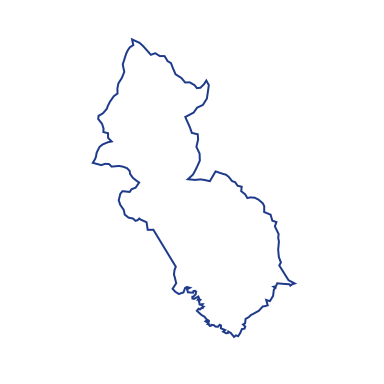 the district of Pano Pyrgos, Nicosia, Cyprus, rotated 125°
{"feature_id": "46923920B70201539019351", "entity_name": "Pano Pyrgos", "entity_type": "district", "adm_level": 2, "iso_a3": "CYP", "parent_name": "Cyprus", "parent_adm1": "Nicosia", "projection": "orthographic", "projection_center": [32.674, 35.131], "detail": "fine", "context": "isolated", "style": "outline", "palette": "blue", "viewbox_px": 384, "rotation_deg": 125, "n_neighbors": 0, "source": "geoboundaries", "source_scale": "gbopen_adm2", "svg_char_len": 3341}
<svg xmlns="http://www.w3.org/2000/svg" viewBox="0 0 384 384"><g transform="rotate(125 192 192)"><path d="M94.7,239.7L92.5,244.2L96.7,244.0L101.8,244.9L104.1,247.6L103.0,251.2L103.5,256.8L106.2,260.4L104.7,266.1L105.0,273.0L101.5,278.7L98.5,283.1L98.8,287.0L96.4,292.4L99.1,296.3L99.4,301.7L103.2,304.4L100.5,315.7L99.9,320.5L101.4,328.6L105.3,324.4L109.2,325.9L112.3,325.9L112.5,325.9L116.3,325.3L120.6,324.0L122.0,323.5L127.0,322.0L127.8,321.3L130.0,319.0L132.4,316.4L138.7,314.9L145.2,314.6L150.0,312.5L152.8,310.4L154.1,309.5L158.3,311.0L160.0,311.0L165.2,311.0L168.4,310.5L169.6,310.4L172.6,309.5L176.8,309.9L178.6,310.1L181.3,311.3L183.3,312.2L186.0,310.7L186.7,308.3L187.5,305.7L187.8,304.7L189.5,302.5L190.8,300.8L192.3,299.9L193.7,299.0L192.9,296.8L192.0,294.5L195.8,291.8L196.7,286.8L199.4,289.4L204.2,292.4L205.3,292.8L208.0,293.6L211.5,293.1L214.3,292.7L215.7,292.1L217.9,291.0L220.4,290.3L225.0,290.0L223.2,285.0L222.0,281.7L218.7,279.3L218.2,278.4L216.7,276.0L217.3,272.4L212.5,266.7L211.6,264.7L210.9,263.3L210.3,261.0L209.8,258.9L210.2,256.6L210.4,255.4L211.8,253.9L212.8,253.0L213.0,252.2L214.3,248.5L214.4,247.2L214.6,243.7L214.6,242.3L214.6,240.7L220.8,240.7L224.4,243.1L227.7,243.1L231.2,249.4L234.5,249.7L240.8,247.3L243.7,243.4L245.8,237.7L249.1,234.1L249.4,229.3L247.6,225.2L248.0,221.7L246.3,220.4L244.0,220.0L244.0,217.9L243.2,213.9L243.0,212.8L242.9,211.8L248.4,206.6L245.1,202.0L262.5,162.4L265.9,161.6L269.9,159.5L272.0,156.9L275.8,152.6L282.4,152.4L283.3,148.6L283.1,144.3L279.2,141.4L274.6,142.6L272.7,141.7L271.7,138.8L274.5,140.3L276.5,137.8L273.9,133.4L272.3,134.0L271.2,132.8L271.3,131.4L272.2,131.2L273.6,130.3L275.3,130.6L276.8,130.8L277.6,131.6L279.0,130.6L278.4,129.0L274.0,126.9L274.8,125.5L276.8,125.4L275.7,124.2L275.5,123.3L277.7,123.6L278.8,122.1L279.8,121.3L279.4,120.1L278.4,119.8L277.8,118.9L278.9,119.0L279.7,117.4L279.4,116.8L280.3,117.0L280.9,116.7L281.5,117.7L282.3,117.9L283.4,117.9L283.7,118.4L283.7,119.6L286.5,119.9L287.3,113.7L287.0,110.4L287.3,109.1L287.7,108.3L287.9,106.4L287.8,104.3L288.0,104.0L288.3,104.0L289.2,105.6L289.3,106.5L290.2,106.8L289.9,103.5L291.2,103.4L290.6,102.3L291.2,101.7L291.5,100.5L290.3,99.6L289.7,99.9L288.5,97.6L288.7,96.8L288.8,95.7L288.2,94.6L287.6,93.5L284.9,93.2L284.7,91.7L287.1,90.2L286.1,85.7L288.5,86.4L288.1,83.0L286.9,81.7L285.5,82.3L285.2,79.5L286.6,74.4L284.3,73.8L283.6,71.5L280.1,71.6L275.7,72.5L273.8,70.6L271.7,71.2L271.2,74.2L269.1,73.2L265.2,75.3L261.8,73.7L259.0,73.2L257.4,72.3L250.9,69.1L245.2,68.4L243.4,66.5L241.4,65.0L237.9,69.3L236.7,65.6L230.6,66.0L224.9,69.0L222.8,68.6L222.8,70.8L221.1,69.2L217.9,69.8L215.1,64.9L211.7,59.3L212.3,57.7L210.3,57.1L208.0,55.4L208.9,62.3L202.1,78.4L198.8,78.7L195.5,83.5L189.9,88.3L182.7,92.4L180.1,95.1L176.8,96.9L172.6,104.4L168.2,105.6L169.4,109.8L165.5,114.6L167.0,121.4L162.2,124.7L160.7,127.4L160.1,133.1L160.7,137.3L162.8,140.9L165.2,143.2L163.4,147.1L163.1,152.2L159.2,154.3L160.7,158.2L159.2,162.4L160.1,165.4L158.6,170.4L158.3,174.0L159.5,177.3L161.6,184.5L169.0,183.9L172.9,183.6L175.0,188.7L176.8,192.3L180.4,196.5L183.9,202.7L177.2,201.2L172.5,201.7L166.9,202.6L161.8,203.6L156.2,207.8L152.5,214.3L145.5,217.1L141.4,220.4L143.7,226.0L140.4,230.6L134.4,240.5L126.0,236.2L120.0,236.2L114.4,233.0L106.9,233.4L94.8,239.5L94.7,239.7Z" fill="none" stroke="#1e3a8a" stroke-width="2"/></g></svg>